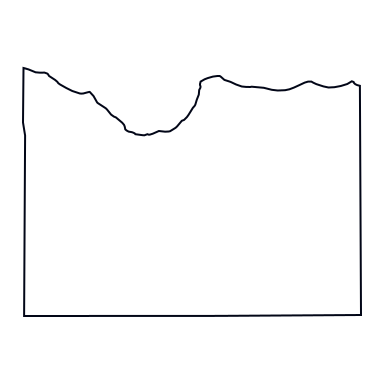 Knox, Nebraska, United States of America
{"feature_id": "52423323B21307284690044", "entity_name": "Knox", "entity_type": "district", "adm_level": 2, "iso_a3": "USA", "parent_name": "United States of America", "parent_adm1": "Nebraska", "projection": "albers", "projection_center": [-97.924, 42.66], "detail": "fine", "context": "isolated", "style": "outline", "palette": "ink", "viewbox_px": 384, "rotation_deg": 0, "n_neighbors": 0, "source": "geoboundaries", "source_scale": "gbopen_adm2", "svg_char_len": 1342}
<svg xmlns="http://www.w3.org/2000/svg" viewBox="0 0 384 384"><path d="M361.0,315.0L359.9,85.8L357.2,85.1L355.3,84.2L354.1,83.1L353.6,82.0L351.8,81.3L347.3,84.0L340.8,86.0L334.4,87.2L328.5,87.5L323.4,86.4L316.3,84.1L313.3,82.7L311.4,81.6L308.1,81.6L304.7,82.6L298.5,85.5L293.9,87.6L289.4,89.3L285.1,90.2L277.7,90.5L271.8,89.8L263.8,87.8L251.6,86.7L250.2,87.0L245.8,86.9L241.8,86.5L236.1,84.5L230.8,82.0L229.4,81.5L224.4,79.9L220.8,76.7L219.7,76.0L217.4,76.0L212.9,76.6L207.7,78.1L204.6,79.3L200.6,81.6L200.0,84.0L200.0,85.0L200.5,86.3L200.4,87.7L199.2,90.0L198.8,94.6L196.8,99.7L195.3,104.7L194.6,105.9L192.9,107.8L188.5,114.9L186.9,117.1L184.1,119.9L181.8,120.8L177.1,126.4L175.6,127.8L170.1,131.2L168.7,131.5L165.2,131.7L158.9,131.0L152.8,133.7L149.6,134.7L148.7,134.7L147.4,134.2L144.4,135.3L142.7,135.2L135.4,134.2L134.6,133.3L132.6,132.4L131.5,132.1L128.6,131.6L126.6,130.5L125.3,129.4L124.7,126.5L124.0,124.8L122.2,122.7L115.9,117.4L113.9,116.6L111.1,114.6L107.0,109.5L105.8,108.3L97.7,103.0L97.1,102.4L93.5,96.0L89.8,92.0L89.4,91.9L87.3,92.4L83.2,93.5L81.4,93.6L79.9,93.5L72.3,91.0L66.3,88.0L60.1,84.5L58.3,83.2L57.4,81.9L55.2,80.0L49.1,76.0L47.9,74.1L47.1,73.5L44.5,72.6L40.3,72.7L35.6,72.3L28.5,69.4L23.5,68.0L23.0,122.5L25.1,135.5L24.1,316.0L26.3,316.0L217.6,315.9L361.0,315.0Z" fill="none" stroke="#020617" stroke-width="2"/></svg>